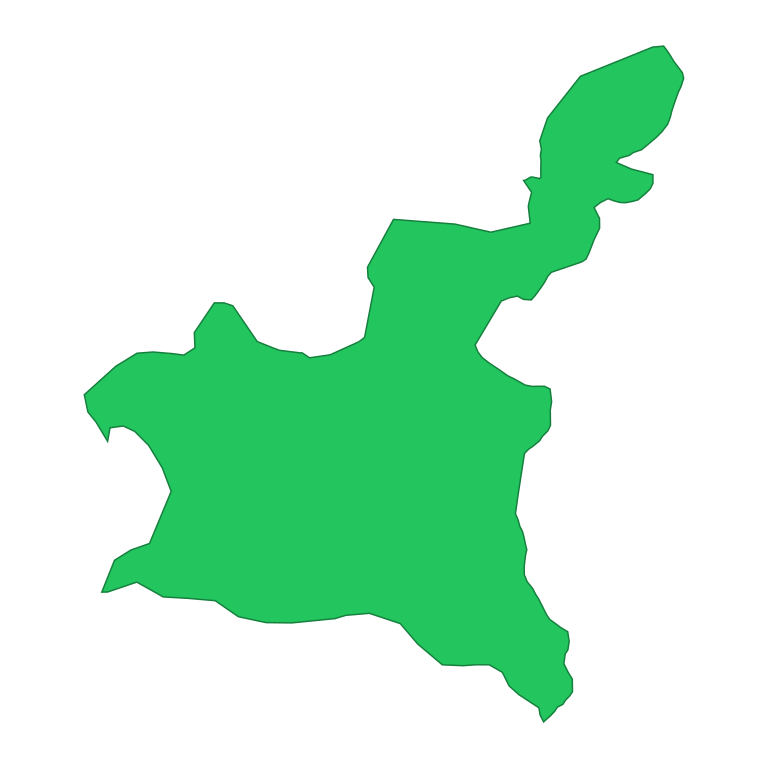 the district of Ukwa East, Abia, Nigeria
{"feature_id": "59680162B72042998542035", "entity_name": "Ukwa East", "entity_type": "district", "adm_level": 2, "iso_a3": "NGA", "parent_name": "Nigeria", "parent_adm1": "Abia", "projection": "albers", "projection_center": [7.459, 4.962], "detail": "fine", "context": "isolated", "style": "filled", "palette": "green", "viewbox_px": 768, "rotation_deg": 0, "n_neighbors": 0, "source": "geoboundaries", "source_scale": "gbopen_adm2", "svg_char_len": 2828}
<svg xmlns="http://www.w3.org/2000/svg" viewBox="0 0 768 768"><path d="M663.6,46.1L652.6,47.1L580.4,76.3L547.5,118.0L539.7,141.0L540.1,142.3L541.3,148.8L541.3,150.2L540.6,153.4L540.4,156.3L541.0,159.4L540.8,169.5L540.9,177.2L540.5,177.9L539.6,178.2L539.2,178.7L538.8,178.5L537.3,178.0L534.8,177.5L532.8,177.1L531.5,177.0L530.5,177.2L524.9,180.4L523.6,180.5L531.6,192.3L529.4,201.0L528.3,206.3L530.2,223.2L490.8,232.2L455.0,224.1L393.5,219.4L367.5,267.2L367.9,274.4L368.1,277.6L374.2,287.2L364.6,337.4L358.8,341.8L330.8,354.5L328.9,355.0L309.6,357.8L302.1,352.8L300.4,352.9L279.5,350.3L272.7,347.8L257.3,341.6L248.1,328.2L232.8,305.8L224.1,302.9L214.3,302.9L194.3,332.6L195.0,347.8L183.8,355.1L172.3,353.6L153.0,352.0L137.1,353.2L115.9,366.2L84.3,394.7L87.9,412.0L96.1,422.2L107.6,441.3L108.8,434.8L110.0,427.8L123.3,426.0L134.7,431.4L148.6,445.3L162.3,467.9L171.2,491.4L149.5,543.5L130.9,550.0L114.5,560.3L101.8,592.1L107.7,592.0L136.7,582.1L151.8,590.5L163.1,596.9L171.4,597.4L187.5,598.3L193.3,598.8L215.2,600.7L233.9,613.6L238.4,616.7L258.5,621.0L266.1,622.6L291.7,622.9L335.0,618.6L341.9,616.5L346.0,615.3L359.1,614.2L369.3,613.3L400.3,623.6L417.8,644.1L442.3,664.8L462.9,665.7L475.3,664.8L489.3,664.8L502.4,672.4L509.1,685.9L509.5,686.3L519.1,694.8L538.9,707.8L540.1,715.0L543.6,721.9L550.6,715.6L554.7,711.3L557.4,707.1L559.1,706.3L562.9,704.3L565.6,700.1L569.7,695.9L572.5,691.7L572.4,686.1L572.3,679.1L568.1,672.2L563.9,663.8L565.2,654.0L567.9,649.8L569.2,641.5L567.7,631.7L560.8,627.6L555.2,623.4L549.6,619.3L548.3,617.3L546.8,615.1L544.0,609.6L541.2,604.0L538.4,598.5L535.6,594.3L532.8,588.7L527.2,581.8L524.3,574.8L524.2,566.5L525.5,555.3L526.8,549.7L525.4,544.1L524.6,540.1L524.0,537.2L522.5,531.6L519.7,526.0L518.3,520.5L515.4,513.5L515.6,512.6L518.0,495.4L519.5,485.6L521.2,474.5L524.3,454.6L524.5,453.4L528.6,449.2L532.7,446.4L539.6,440.8L542.3,436.5L547.8,430.9L550.5,425.3L550.4,419.7L550.3,410.0L551.6,401.6L550.1,389.0L546.1,387.1L544.6,386.3L537.7,386.3L532.1,386.4L525.2,385.1L515.5,379.6L507.2,375.5L507.2,375.4L497.4,368.5L492.7,365.4L489.1,363.0L482.1,357.5L478.2,352.3L477.9,351.9L475.1,345.0L501.3,301.0L509.7,297.7L517.4,296.1L523.5,299.4L531.3,299.9L535.2,295.5L541.3,287.2L544.6,282.2L547.9,276.1L551.3,272.3L582.0,261.8L582.4,261.5L586.1,259.0L587.1,256.8L588.8,253.4L591.5,246.4L594.2,239.4L599.6,228.2L599.5,218.4L594.1,207.6L597.3,205.0L600.3,202.6L608.0,198.7L614.1,200.9L620.1,202.5L625.5,202.7L632.5,201.4L638.0,199.9L646.2,192.9L650.3,188.7L653.0,183.1L652.9,174.7L631.2,169.0L616.3,162.5L619.6,158.2L629.3,155.4L633.4,152.5L641.6,149.7L648.5,144.0L656.7,137.0L662.2,131.4L667.6,124.3L670.3,117.3L671.6,111.7L674.3,103.4L678.3,92.2L681.0,86.6L682.4,82.2L683.7,78.2L682.3,72.6L678.1,67.0L673.9,61.5L669.7,54.5L666.9,50.4L663.6,46.1Z" fill="#22c55e" stroke="#15803d" stroke-width="1.5"/></svg>